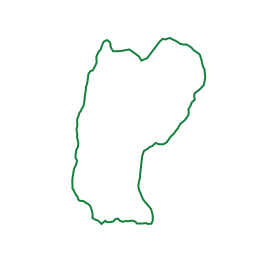 Santa Bárbara, Bahia, Brazil (Natural Earth projection), rotated 201°
{"feature_id": "56859067B70758123522346", "entity_name": "Santa Bárbara", "entity_type": "district", "adm_level": 2, "iso_a3": "BRA", "parent_name": "Brazil", "parent_adm1": "Bahia", "projection": "natural_earth1", "projection_center": [-38.986, -11.933], "detail": "fine", "context": "isolated", "style": "outline", "palette": "green", "viewbox_px": 256, "rotation_deg": 201, "n_neighbors": 0, "source": "geoboundaries", "source_scale": "gbopen_adm2", "svg_char_len": 2150}
<svg xmlns="http://www.w3.org/2000/svg" viewBox="0 0 256 256"><g transform="rotate(201 128 128)"><path d="M179.2,202.5L181.4,200.2L181.8,198.0L181.8,194.2L181.7,191.0L182.8,188.6L183.1,183.4L182.0,180.6L180.8,178.3L180.8,175.4L181.2,171.7L181.6,169.1L183.5,167.6L184.3,164.3L183.6,161.4L182.7,157.9L182.0,154.5L182.0,151.6L181.2,149.1L180.3,144.5L179.5,141.5L178.7,138.9L178.0,135.7L177.5,132.7L178.0,129.5L178.2,126.8L178.9,124.5L178.5,121.2L178.5,117.7L177.5,115.2L176.0,111.7L175.8,108.9L174.4,106.0L173.2,104.3L172.4,101.3L170.5,98.6L168.9,96.0L168.0,92.3L168.4,88.7L167.7,85.8L167.1,83.5L166.3,81.3L163.9,79.4L163.3,75.4L163.7,71.1L163.3,68.0L162.7,65.7L162.1,62.3L160.9,58.2L159.4,54.9L158.3,51.9L155.5,49.5L153.0,47.3L150.1,45.4L148.7,43.3L146.8,42.8L144.7,43.5L142.6,43.8L140.8,43.0L138.5,42.9L135.4,41.8L133.5,39.6L132.0,37.8L130.2,35.0L129.0,31.3L126.4,30.8L123.4,30.8L121.2,30.3L118.4,28.9L116.0,33.3L114.1,32.6L111.3,33.5L108.2,35.5L107.0,38.5L105.0,39.8L102.6,38.6L99.9,38.4L97.8,39.6L96.0,40.5L93.9,41.3L91.2,42.9L88.0,43.3L85.4,42.1L82.0,43.3L79.2,44.5L77.3,45.7L75.0,45.5L71.9,47.0L71.7,50.4L72.9,53.6L74.1,56.1L75.7,58.3L77.4,60.6L80.0,62.1L83.2,63.8L86.0,65.2L88.8,67.2L91.7,70.3L93.7,72.4L95.2,73.9L96.9,76.2L98.0,78.9L98.5,82.1L99.0,85.9L100.2,89.4L104.7,107.0L104.9,112.3L102.2,115.6L100.5,118.6L98.8,119.8L97.9,121.8L96.8,124.0L93.6,123.9L91.2,124.6L88.8,125.8L86.6,128.8L85.7,133.0L84.8,135.9L83.4,138.5L82.4,142.2L81.3,145.6L80.9,149.3L80.1,151.7L78.8,153.7L77.6,156.3L76.6,159.5L76.4,163.0L78.3,167.2L77.6,171.0L77.6,174.9L75.8,178.5L77.8,181.6L78.2,184.6L76.0,187.7L74.8,189.9L73.8,192.3L72.7,195.0L73.2,198.7L74.0,203.0L76.2,207.1L77.6,210.1L80.0,212.3L81.7,214.6L82.8,216.4L84.1,218.3L85.6,220.1L87.1,222.0L89.2,222.9L91.7,223.5L94.4,224.1L97.5,225.7L100.8,226.6L103.6,226.9L105.3,226.0L107.3,225.6L109.3,225.3L111.4,225.8L114.9,226.5L118.2,226.6L120.8,227.1L122.6,226.0L124.7,224.1L127.5,223.7L129.5,219.8L135.1,200.1L139.7,195.7L143.3,198.7L148.5,200.1L150.6,200.7L155.0,201.8L162.6,197.1L169.4,194.3L171.2,195.7L173.5,197.7L174.5,200.2L176.3,201.9L179.2,202.5Z" fill="none" stroke="#15803d" stroke-width="2"/></g></svg>